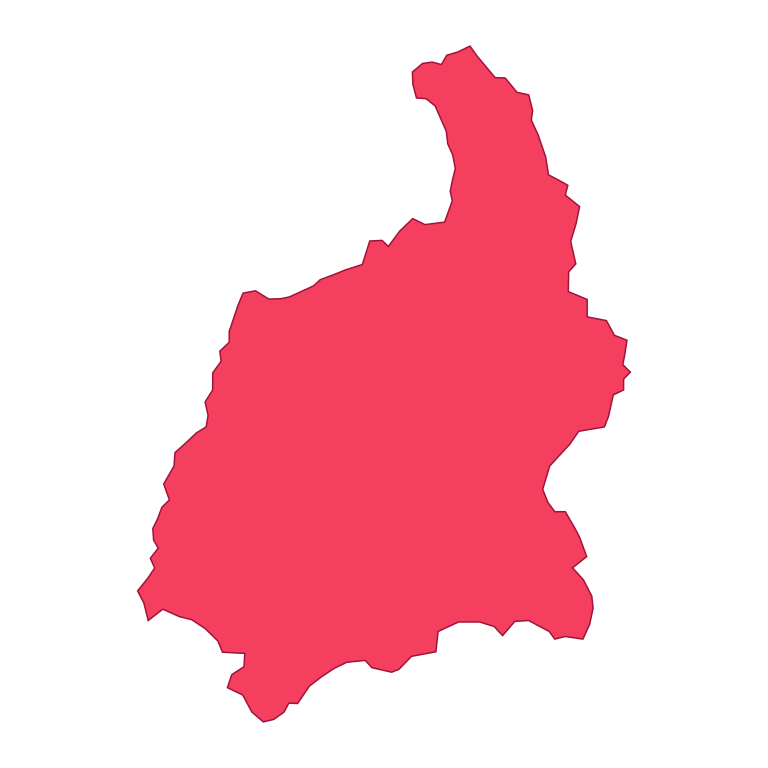 the district of Chuvisca, Rio Grande do Sul, Brazil
{"feature_id": "56859067B76189475102624", "entity_name": "Chuvisca", "entity_type": "district", "adm_level": 2, "iso_a3": "BRA", "parent_name": "Brazil", "parent_adm1": "Rio Grande do Sul", "projection": "robinson", "projection_center": [-52.004, -30.767], "detail": "fine", "context": "isolated", "style": "filled", "palette": "rose", "viewbox_px": 768, "rotation_deg": 0, "n_neighbors": 0, "source": "geoboundaries", "source_scale": "gbopen_adm2", "svg_char_len": 1904}
<svg xmlns="http://www.w3.org/2000/svg" viewBox="0 0 768 768"><path d="M470.0,46.1L457.4,52.1L446.8,55.2L441.4,64.5L432.0,62.1L422.5,63.5L412.4,72.0L412.9,84.4L416.5,98.0L426.1,98.7L435.1,105.9L446.3,131.3L447.7,143.7L452.7,154.9L455.3,168.4L452.3,180.8L450.2,191.3L452.3,200.8L444.6,222.1L425.0,224.6L412.7,218.6L399.8,231.0L388.3,246.5L382.1,240.4L369.8,241.0L362.3,264.5L345.4,269.9L334.6,274.3L320.2,279.7L313.6,285.8L301.0,291.6L289.2,297.0L280.9,298.7L268.9,299.1L255.5,290.8L243.1,293.1L238.3,304.5L229.2,331.4L229.2,342.3L219.8,351.2L221.1,361.3L212.8,372.7L212.6,390.1L205.1,401.9L208.1,415.5L206.1,426.9L196.4,432.9L186.6,442.2L175.0,452.6L174.0,466.0L163.7,484.0L169.4,499.9L161.9,507.2L157.7,518.6L152.8,528.5L153.6,540.1L158.2,548.1L150.3,558.3L154.7,568.0L148.0,577.9L137.6,590.9L143.9,603.1L148.2,620.5L162.8,609.2L179.3,616.6L191.7,619.7L205.2,628.6L217.9,641.0L222.5,652.2L244.8,653.4L244.0,666.7L231.7,674.7L227.4,687.7L242.7,695.0L251.8,712.0L263.3,721.9L273.8,719.4L284.2,711.9L288.8,703.1L297.6,703.5L309.4,686.1L321.5,676.8L334.3,668.3L346.7,662.3L365.2,660.4L371.9,667.7L391.7,672.2L398.9,669.3L411.6,656.3L435.9,651.8L438.1,631.5L458.5,622.0L479.5,622.0L494.2,626.5L502.6,635.6L514.8,621.4L528.6,620.5L549.2,631.5L554.8,639.1L565.2,636.5L582.9,639.1L589.6,624.5L593.1,608.1L591.8,596.1L583.4,579.8L572.5,567.8L586.7,556.6L579.5,537.0L574.6,527.7L565.3,511.7L554.8,511.7L547.9,502.4L542.7,489.4L549.7,466.0L569.9,444.1L578.7,431.3L604.4,426.9L608.5,416.4L613.3,394.9L623.6,389.9L623.6,379.1L630.4,372.1L622.8,364.7L624.6,355.6L627.0,340.3L614.4,335.3L606.4,320.6L587.2,316.9L587.2,299.5L568.3,291.6L568.7,271.8L575.8,263.9L570.7,241.4L576.1,223.6L579.6,206.6L565.3,195.1L567.8,185.3L559.8,180.8L548.5,174.8L545.7,157.0L538.0,134.6L531.3,120.2L532.6,110.4L528.7,94.9L517.0,92.3L505.2,78.0L495.1,77.6L477.1,56.1L470.0,46.1Z" fill="#f43f5e" stroke="#9f1239" stroke-width="1.5"/></svg>